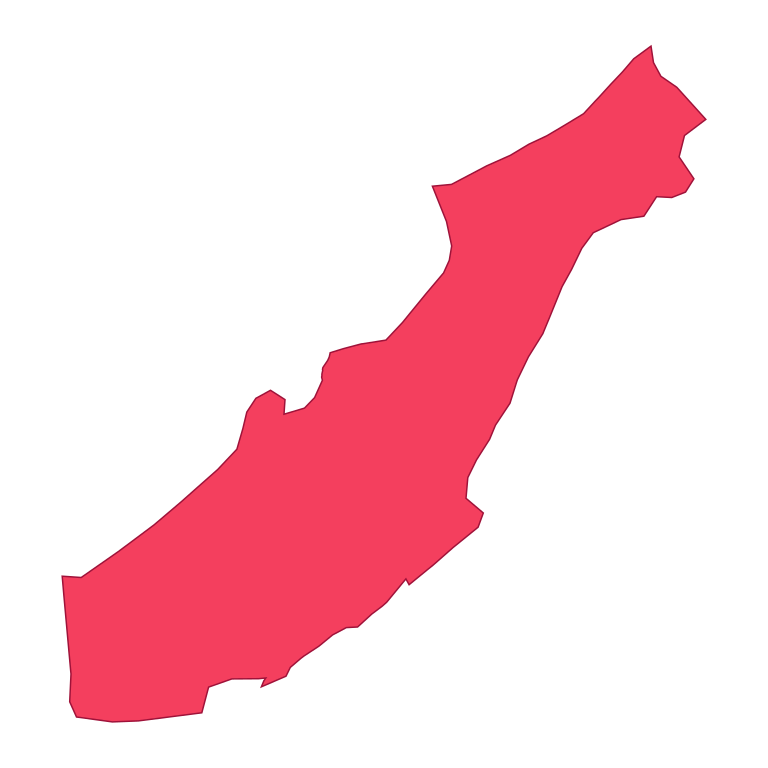 Yenegoa, Bayelsa, Nigeria (Mercator projection)
{"feature_id": "59680162B64829234996535", "entity_name": "Yenegoa", "entity_type": "district", "adm_level": 2, "iso_a3": "NGA", "parent_name": "Nigeria", "parent_adm1": "Bayelsa", "projection": "mercator", "projection_center": [6.364, 5.065], "detail": "fine", "context": "isolated", "style": "filled", "palette": "rose", "viewbox_px": 768, "rotation_deg": 0, "n_neighbors": 0, "source": "geoboundaries", "source_scale": "gbopen_adm2", "svg_char_len": 1615}
<svg xmlns="http://www.w3.org/2000/svg" viewBox="0 0 768 768"><path d="M201.8,712.8L208.6,687.1L231.9,678.9L258.6,678.7L265.8,678.0L263.9,680.7L261.4,686.8L286.0,676.2L290.3,667.4L300.8,658.4L304.1,655.9L319.0,646.1L332.6,634.9L346.3,627.6L357.6,627.0L371.7,614.1L382.3,606.1L386.7,602.2L405.9,578.9L409.1,584.7L427.4,569.7L433.1,565.1L453.1,547.5L478.1,527.2L483.3,513.0L466.0,498.3L467.8,477.6L476.5,459.9L489.6,439.3L495.5,425.1L510.0,403.2L516.5,382.4L517.4,379.7L528.4,356.9L542.9,333.6L543.6,331.8L547.2,323.1L548.8,319.3L562.1,286.6L571.5,269.6L581.8,248.3L593.3,232.7L621.0,219.6L643.9,216.2L656.6,196.7L671.8,197.5L685.5,192.1L693.9,178.8L679.1,156.9L684.5,135.5L705.8,119.4L676.9,87.4L676.4,87.0L660.9,76.3L653.5,62.6L651.0,46.1L633.8,58.7L622.3,72.1L610.9,84.1L598.7,97.5L595.6,100.7L583.6,113.7L563.0,126.2L546.6,135.9L528.9,144.2L510.4,155.3L487.0,165.7L451.5,184.4L432.4,186.2L446.5,221.5L451.7,246.0L449.8,257.3L449.3,260.3L443.5,273.1L443.0,273.6L426.2,293.5L414.0,308.4L409.9,313.4L402.5,322.5L386.3,339.7L386.0,340.1L361.8,343.9L361.3,343.9L348.1,347.4L343.6,348.6L330.2,352.7L329.7,355.0L329.2,357.1L327.7,360.4L322.9,367.5L322.5,369.3L322.7,370.6L322.3,372.1L322.1,373.1L321.9,374.1L321.9,376.1L321.6,377.0L322.4,380.3L314.6,397.6L304.5,408.1L286.4,413.5L284.0,414.2L285.0,399.6L270.5,390.3L255.9,398.3L249.5,408.0L246.8,412.1L242.9,428.5L236.9,449.2L217.6,469.6L197.9,487.0L181.1,501.9L153.9,525.0L118.3,551.6L81.2,577.5L62.2,576.2L63.8,594.7L70.7,671.0L71.0,673.9L69.7,701.8L75.3,714.3L76.5,717.0L112.3,721.9L138.3,720.9L201.8,712.8Z" fill="#f43f5e" stroke="#9f1239" stroke-width="1.5"/></svg>